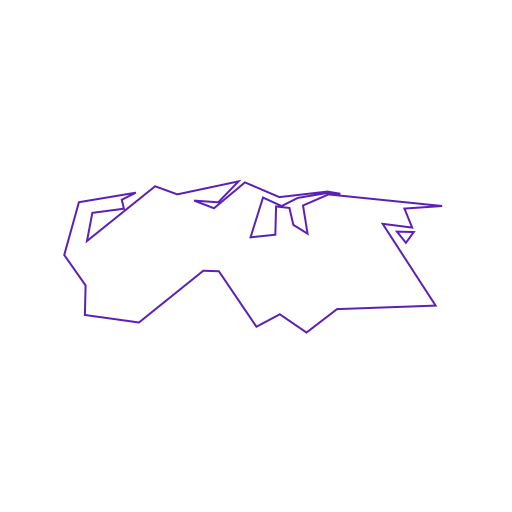 the border of Ogooué-Maritime, rotated 121°
{"feature_id": "GAB-2624", "entity_name": "Ogooué-Maritime", "entity_type": "Province", "adm_level": 1, "iso_a3": "GAB", "parent_name": "Gabon", "parent_adm1": "", "projection": "albers", "projection_center": [9.53, -1.509], "detail": "coarse", "context": "isolated", "style": "outline", "palette": "violet", "viewbox_px": 512, "rotation_deg": 121, "n_neighbors": 0, "source": "natural_earth", "source_scale": "10m", "svg_char_len": 742}
<svg xmlns="http://www.w3.org/2000/svg" viewBox="0 0 512 512"><g transform="rotate(121 256 256)"><path d="M301.1,435.5L263.6,391.6L276.9,400.0L283.5,393.6L303.3,418.5L330.2,408.6L248.2,378.4L243.7,355.2L201.0,309.4L229.4,316.0L240.4,337.6L236.7,316.6L198.6,303.4L193.5,266.3L164.0,228.0L159.2,215.7L164.4,226.4L184.7,250.1L200.0,259.8L202.3,280.1L242.8,270.3L227.8,250.4L203.2,264.3L197.6,252.1L210.1,240.0L210.3,223.3L188.5,241.7L165.9,225.6L117.3,122.2L138.9,153.2L151.2,136.8L163.2,164.0L206.0,76.5L259.8,159.2L295.6,173.3L293.7,205.6L316.4,219.2L288.2,280.0L295.8,293.6L373.3,322.1L394.7,372.3L369.0,386.9L353.9,420.9L301.1,435.5ZM154.2,133.1L167.5,134.3L162.5,147.7L154.2,133.1Z" fill="none" stroke="#5b21b6" stroke-width="2"/></g></svg>